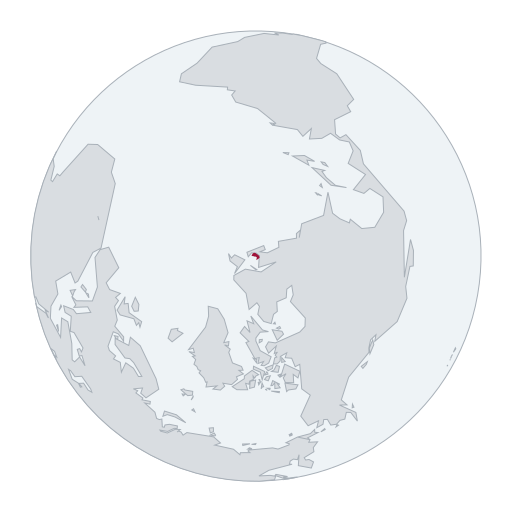 Prince Edward Island highlighted on a globe, orthographic projection, rotated 190°
{"feature_id": "CAN-687", "entity_name": "Prince Edward Island", "entity_type": "Province", "adm_level": 1, "iso_a3": "CAN", "parent_name": "Canada", "parent_adm1": "", "projection": "orthographic", "projection_center": [-63.312, 46.509], "detail": "fine", "context": "on_globe", "style": "filled", "palette": "rose", "viewbox_px": 512, "rotation_deg": 190, "n_neighbors": 0, "source": "natural_earth", "source_scale": "10m", "svg_char_len": 11414}
<svg xmlns="http://www.w3.org/2000/svg" viewBox="0 0 512 512"><g transform="rotate(190 256 256)"><circle cx="256" cy="256" r="225" fill="#eef3f6" stroke="#a8b0b8"/><path d="M227.9,479.5L228.8,479.6L225.7,479.2L224.6,479.1L224.0,477.8L229.1,475.7L230.7,461.1L225.5,456.7L208.1,449.5L187.0,427.2L192.2,419.8L187.8,414.6L202.3,403.9L198.8,389.9L193.7,386.9L188.5,391.1L171.6,378.1L166.2,365.4L118.0,325.9L113.8,317.0L115.1,306.7L106.2,260.8L106.7,299.1L101.9,288.8L99.4,273.5L102.6,272.5L103.3,252.0L100.0,240.6L105.6,215.9L124.2,192.6L124.2,199.3L128.6,193.4L128.9,184.9L128.0,180.8L143.7,152.8L147.0,129.1L140.5,125.2L147.9,123.7L130.5,119.3L127.5,111.0L135.5,118.4L139.9,117.7L140.2,110.8L144.8,108.7L147.5,104.3L153.0,102.5L157.3,107.5L160.9,106.7L160.8,101.9L166.3,97.5L165.8,104.6L175.2,97.9L184.1,106.1L178.4,128.4L187.9,133.1L194.1,156.9L198.2,153.8L203.1,161.5L209.6,160.9L208.9,166.0L214.6,161.3L214.0,156.8L216.4,153.4L220.1,152.8L219.9,158.9L218.0,160.1L219.9,161.7L218.2,165.1L221.1,163.1L220.4,170.9L226.7,162.5L230.8,168.2L228.8,173.6L221.8,173.8L199.7,188.7L195.5,195.1L196.7,203.5L214.2,217.1L212.6,224.2L215.7,233.3L219.9,228.7L219.0,220.1L227.6,214.4L225.4,205.1L228.6,201.6L229.3,192.1L237.0,192.9L244.1,198.9L243.9,207.0L247.0,210.1L253.5,202.1L259.3,217.5L273.7,228.6L274.4,233.0L264.2,241.2L248.2,241.2L235.1,253.7L251.5,245.2L252.8,257.0L256.4,259.0L260.9,258.4L263.5,253.9L265.6,258.1L250.2,267.6L248.0,263.9L252.9,260.8L245.4,261.1L235.0,268.5L236.5,274.3L219.2,280.6L220.1,285.1L216.8,289.2L216.6,281.6L216.6,295.7L196.5,307.7L196.2,331.3L188.0,311.4L179.8,307.2L169.8,304.8L169.5,308.6L156.6,301.4L144.0,304.9L137.9,321.2L141.2,336.3L155.6,342.3L160.6,336.4L171.6,338.2L162.3,355.3L181.3,363.2L178.6,376.4L183.9,384.5L193.8,384.8L203.9,389.8L211.6,383.3L223.7,380.5L223.6,391.2L230.6,382.0L237.2,387.7L261.5,387.7L259.6,390.2L280.1,401.5L302.7,404.1L307.9,410.3L305.2,414.9L313.1,414.7L313.3,417.4L345.1,413.7L361.5,414.3L361.1,422.5L347.5,435.7L335.5,454.1L311.2,464.0L305.2,469.3L286.7,476.6L271.9,477.6L276.5,478.9L268.5,480.2L259.0,480.5L257.7,481.1L250.6,481.0L255.6,481.3L252.4,481.3L227.9,479.5ZM43.1,199.3L44.9,195.5L43.7,200.2L43.1,199.3ZM46.0,191.6L45.4,193.2L45.9,191.6L46.0,191.6ZM46.5,189.4L46.2,191.0L46.3,189.5L46.5,189.4ZM46.9,186.9L46.7,188.1L46.9,186.9ZM194.4,338.7L216.2,352.8L203.2,352.2L205.7,350.7L200.3,345.4L190.1,339.4L178.8,339.1L194.4,338.7ZM48.2,182.0L48.6,180.6L48.6,181.4L48.2,182.0ZM205.5,328.1L201.7,326.6L205.5,327.2L205.5,328.1ZM126.8,179.5L128.4,185.0L126.5,193.7L124.6,189.2L126.8,179.5ZM131.2,163.9L133.2,165.6L128.0,171.3L128.5,168.5L131.2,163.9ZM134.9,123.2L135.3,126.9L133.3,124.1L134.9,123.2ZM146.9,104.0L145.4,103.7L147.5,101.6L146.9,104.0ZM225.0,192.4L227.1,192.3L225.9,194.1L225.0,192.4ZM223.3,188.5L220.4,190.7L219.2,189.2L221.0,187.9L223.3,188.5ZM157.7,97.1L161.6,94.1L158.4,98.0L157.7,97.1ZM227.2,186.2L217.4,186.4L215.3,183.8L220.5,176.7L227.2,186.2ZM164.3,92.9L173.6,85.9L170.9,84.5L183.7,84.9L171.6,90.5L168.1,95.4L167.6,92.6L164.3,92.9ZM212.2,155.7L213.0,160.4L208.9,157.1L212.2,155.7ZM209.0,154.5L192.8,150.1L193.5,143.2L198.8,145.9L196.9,137.8L205.1,136.5L208.0,140.7L206.0,145.3L210.7,141.3L209.0,154.5ZM189.4,86.6L192.3,85.8L190.1,87.6L189.4,86.6ZM217.0,151.8L213.7,151.4L214.0,145.3L220.7,145.0L218.4,147.0L217.0,151.8ZM192.3,136.4L193.7,132.0L200.8,129.7L202.3,127.8L205.4,135.8L192.3,136.4ZM220.3,148.1L224.1,145.1L227.4,147.5L220.2,151.8L220.3,148.1ZM211.3,143.9L211.7,141.0L213.7,142.5L211.3,143.9ZM241.1,154.9L237.1,154.2L237.0,151.0L241.1,154.9ZM225.3,143.8L224.2,143.0L223.7,141.7L226.8,140.3L225.3,143.8ZM210.2,133.8L212.8,133.9L209.3,130.4L214.4,128.7L215.5,134.5L217.2,131.3L218.8,130.9L217.9,136.2L210.2,133.8ZM228.4,135.1L231.6,142.4L239.0,144.1L239.3,147.0L227.3,143.7L228.4,135.1ZM222.3,135.2L226.2,135.8L224.7,138.9L221.1,140.5L222.3,135.2ZM217.6,125.6L209.4,126.6L209.4,125.4L217.6,125.6ZM230.9,135.0L230.1,133.3L231.6,134.7L230.9,135.0ZM222.0,127.7L219.1,128.2L219.2,126.7L222.0,127.7ZM230.9,129.6L231.9,131.9L229.5,132.9L230.9,129.6ZM227.0,128.2L227.9,126.1L228.0,132.0L225.7,128.6L227.0,128.2ZM222.6,126.3L221.7,125.6L223.8,126.3L222.6,126.3ZM239.3,124.5L240.0,131.6L234.8,133.8L234.8,126.6L239.3,124.5ZM430.4,113.5L430.0,113.0L434.0,118.1L436.7,122.9L434.7,121.9L437.8,127.1L442.3,129.5L438.7,124.2L431.3,114.6L432.5,116.0L442.1,129.0L450.7,142.6L458.3,156.9L464.9,171.6L463.4,168.2L452.9,163.1L450.3,159.5L450.0,159.3L449.6,159.0L454.0,165.8L450.4,164.7L461.6,171.1L465.7,177.5L467.0,177.0L472.3,192.9L476.3,209.1L479.2,225.6L480.9,242.2L481.3,259.0L480.4,275.7L478.3,292.3L475.0,308.7L470.5,324.8L470.6,324.4L472.7,316.7L470.3,309.2L471.2,295.1L469.3,293.9L466.0,302.3L463.1,300.9L460.6,305.2L440.8,336.9L431.3,338.3L411.9,327.0L413.0,313.4L407.2,302.9L410.0,236.9L417.3,231.2L427.1,200.3L429.5,198.0L435.7,208.0L448.9,196.5L444.5,184.2L449.2,171.0L447.7,158.9L434.3,141.9L436.7,161.2L429.9,158.6L422.2,137.8L419.0,121.8L416.2,120.3L412.2,125.9L405.3,118.2L410.1,127.7L412.7,126.8L415.8,133.0L413.6,134.2L411.2,131.3L410.4,135.4L421.9,149.0L425.8,149.6L427.5,164.6L434.2,167.3L436.8,173.6L426.6,171.6L422.8,168.0L408.9,171.7L412.9,176.7L426.4,173.8L424.9,176.6L430.5,184.2L425.1,180.7L409.3,183.3L406.8,197.9L414.3,226.6L410.6,235.2L402.6,239.1L389.1,220.6L398.9,203.6L394.3,197.5L383.1,195.6L387.1,190.8L383.7,188.2L386.5,181.9L381.5,168.8L382.9,162.3L372.3,153.4L371.6,149.1L378.1,155.4L383.4,156.6L386.1,141.5L384.0,137.5L376.9,133.2L378.5,129.9L371.2,127.7L368.4,118.2L365.7,128.2L357.2,124.2L350.8,116.9L347.5,117.6L357.9,129.7L362.5,133.0L367.3,132.8L379.4,144.4L380.4,150.5L365.8,145.8L365.6,154.2L354.4,147.5L333.1,117.8L328.6,107.9L339.7,97.2L345.7,100.9L344.8,106.3L353.7,103.9L349.1,102.8L350.5,100.3L342.7,96.5L343.3,94.6L334.8,94.4L334.7,91.7L340.0,91.9L328.4,84.6L325.7,78.8L322.8,78.1L320.4,79.1L318.6,71.5L316.6,71.4L316.3,73.8L312.1,75.2L303.9,75.0L303.7,72.4L306.6,72.1L312.6,67.9L320.4,67.9L319.5,66.9L312.6,66.3L305.4,71.3L300.5,72.0L303.1,69.0L301.8,70.1L299.3,69.7L296.7,66.9L293.4,70.1L266.3,70.5L258.5,65.7L263.8,62.6L244.6,61.8L237.3,57.5L237.2,59.6L227.8,61.3L230.0,62.6L229.2,63.7L206.3,69.9L200.8,69.7L190.7,75.7L190.6,76.9L194.1,77.3L183.7,84.9L170.9,84.5L171.7,81.7L163.1,83.7L166.3,77.3L165.0,73.3L173.5,65.8L171.7,63.7L168.5,64.8L163.6,63.2L164.7,56.8L177.9,56.9L179.1,67.8L179.8,62.6L183.9,62.5L186.7,60.0L186.9,56.8L184.3,57.2L206.1,47.2L214.9,39.9L204.0,42.4L198.4,42.5L198.9,38.9L213.4,34.8L229.3,32.3L245.4,31.0L261.6,30.8L277.7,31.8L293.7,33.9L309.6,37.2L325.1,41.6L340.3,47.1L355.0,53.7L369.3,61.3L383.0,69.9L396.0,79.5L408.3,90.0L419.8,101.3L430.4,113.5ZM416.9,264.1L418.7,267.8L416.9,264.1ZM420.9,111.8L415.6,102.7L408.8,99.9L406.2,96.3L404.8,96.9L408.3,99.8L403.7,100.8L398.1,94.8L394.0,93.3L395.7,96.3L406.7,107.3L413.4,105.7L418.6,110.8L420.9,111.8ZM262.3,387.6L265.2,389.5L261.3,389.7L262.3,387.6ZM201.0,356.7L205.8,357.8L208.2,360.0L204.5,360.0L201.0,356.7ZM241.9,361.4L247.5,362.6L241.5,363.4L241.9,361.4ZM219.7,354.6L237.4,360.8L225.8,363.4L214.7,359.4L222.5,359.3L219.7,354.6ZM202.6,335.0L205.6,336.4L204.5,338.6L202.6,335.0ZM208.3,328.6L207.1,328.6L205.8,326.5L208.3,328.6ZM253.7,256.4L255.0,255.8L259.5,256.2L257.2,258.1L253.7,256.4ZM280.7,246.6L283.5,253.6L279.9,249.7L277.2,253.5L266.3,250.3L274.1,235.0L272.5,242.3L280.7,246.6ZM253.8,242.4L259.9,245.8L252.9,242.8L253.8,242.4ZM362.4,181.4L366.4,180.4L369.7,184.9L367.7,194.4L362.9,187.9L362.4,181.4ZM371.1,178.1L357.2,171.5L357.9,165.7L359.9,170.0L361.7,166.9L365.4,173.0L379.6,174.4L383.4,178.6L377.8,193.2L377.5,185.9L373.7,187.1L371.1,178.1ZM320.5,169.0L314.5,167.2L323.7,156.9L328.3,159.8L326.7,169.1L320.3,171.2L320.5,169.0ZM238.2,174.2L235.3,175.0L235.3,173.1L237.8,171.0L238.2,174.2ZM239.3,154.8L250.9,169.0L248.2,170.6L258.3,177.6L255.0,184.6L248.6,179.6L253.6,190.6L246.5,188.9L250.7,196.0L236.8,184.3L230.6,183.7L238.7,181.7L241.9,175.3L241.4,172.3L235.4,163.5L223.6,159.4L224.9,152.8L228.9,149.3L231.9,149.2L230.2,153.4L235.5,150.4L235.2,156.5L239.3,154.8ZM275.3,117.5L271.9,121.3L282.5,118.3L282.3,123.5L283.6,122.9L286.3,127.0L291.8,131.0L290.6,133.4L293.2,134.0L295.1,136.9L298.3,138.6L297.4,143.6L301.2,146.1L298.6,147.1L305.5,150.2L299.9,150.2L301.8,154.3L306.2,152.1L293.3,177.2L292.2,188.5L294.3,198.2L284.5,197.4L276.3,188.2L270.2,175.6L272.7,165.1L267.8,167.0L267.5,162.6L271.5,163.0L265.2,159.8L266.1,156.4L260.6,146.6L251.1,144.7L248.9,141.3L253.0,140.4L247.9,137.7L254.3,133.7L252.8,131.2L257.7,125.1L266.5,125.0L264.2,122.3L267.8,117.8L275.3,117.5ZM241.0,122.8L251.6,121.0L256.7,123.2L246.2,133.1L246.6,135.8L240.0,142.7L232.8,139.6L235.3,137.8L236.1,135.5L238.1,137.4L237.1,134.1L240.5,131.7L240.7,128.5L244.1,128.8L241.0,122.8ZM427.9,191.6L428.9,189.3L429.6,184.9L433.1,189.9L427.9,191.6ZM417.3,193.6L417.7,190.8L423.0,195.1L421.9,197.8L417.3,193.6ZM413.3,185.8L417.3,190.3L414.4,189.4L413.3,185.8ZM377.9,152.8L377.7,149.8L379.5,150.4L381.7,153.0L377.9,152.8ZM306.7,111.2L304.0,112.7L302.8,111.7L294.8,111.7L294.4,108.0L299.0,106.6L306.7,111.2ZM437.3,147.4L440.4,153.3L439.4,153.9L438.6,151.7L437.3,147.4ZM438.7,172.4L440.5,168.3L439.6,173.8L438.7,172.4ZM304.8,107.3L301.6,107.6L303.4,105.6L304.8,107.3ZM293.6,105.4L294.9,102.9L293.4,107.6L293.6,105.4ZM296.2,79.6L307.8,83.4L315.8,84.4L319.9,82.0L319.2,87.4L306.8,85.8L296.2,79.6ZM270.0,71.7L266.5,74.4L264.7,72.6L265.2,71.7L270.0,71.7ZM270.3,73.8L272.3,78.4L268.1,79.5L267.4,75.6L270.3,73.8ZM289.0,91.9L292.5,93.2L291.0,94.7L289.0,91.9ZM187.1,41.5L185.4,42.1L184.3,42.4L187.1,41.5ZM189.4,40.8L188.6,41.8L178.8,45.0L176.8,45.5L181.3,43.6L186.2,41.9L189.4,40.8ZM185.6,43.1L190.3,41.8L199.1,43.2L198.5,44.4L186.7,44.3L190.5,43.1L190.0,42.4L185.6,43.1ZM191.5,84.5L192.2,85.7L189.9,85.4L191.5,84.5ZM230.6,64.4L229.2,66.0L226.5,65.5L230.6,64.4ZM223.7,70.2L227.7,69.7L223.5,71.3L223.7,70.2ZM236.6,68.5L229.3,70.0L236.1,67.1L236.6,68.5Z" fill="#d9dde1" stroke="#a8b0b8" stroke-width="1"/><path d="M259.5,256.1L259.5,256.3L259.1,256.6L258.9,256.6L258.7,256.6L258.7,256.8L258.3,256.9L258.2,256.9L258.4,257.0L258.2,257.1L258.2,257.3L258.0,257.2L257.9,257.2L258.0,257.2L257.9,257.3L258.0,257.3L258.1,257.5L258.3,257.5L258.2,257.4L258.3,257.5L258.3,257.8L258.2,257.8L258.3,257.9L258.3,258.0L258.1,258.1L257.7,258.1L257.3,258.1L257.1,258.0L257.2,257.9L257.1,257.7L256.9,257.8L256.8,257.7L257.0,257.6L257.2,257.4L257.0,257.5L257.0,257.4L257.0,257.2L256.9,257.2L256.9,257.3L256.7,257.2L256.7,256.9L256.9,256.8L256.9,256.7L256.8,256.8L256.7,256.8L256.5,257.0L256.4,257.0L256.3,256.9L256.4,257.1L256.2,257.2L256.3,257.2L256.5,257.2L256.4,257.3L256.2,257.4L255.9,257.3L255.7,257.3L255.7,257.2L255.4,257.2L255.2,257.1L254.9,256.9L254.7,256.7L254.8,256.6L254.8,256.4L254.6,256.4L254.4,256.4L254.2,256.4L253.9,256.4L253.8,256.2L253.8,255.9L254.0,255.8L254.0,255.7L253.9,255.7L253.7,255.6L253.3,255.5L253.2,255.5L253.0,255.3L253.1,255.1L253.3,254.9L253.4,254.7L253.5,254.6L253.5,254.4L253.7,254.2L254.0,254.0L254.2,253.8L254.2,254.0L254.2,254.3L254.2,254.5L254.0,254.8L253.9,254.8L254.0,255.0L254.3,255.2L254.3,255.3L254.5,255.5L254.4,255.6L254.5,255.6L254.5,255.9L254.4,256.0L254.5,256.0L254.9,256.3L255.0,256.2L254.9,256.1L254.9,255.9L255.0,255.8L255.4,255.9L255.5,255.9L255.5,256.0L255.8,256.0L256.0,256.1L256.1,256.3L256.3,256.4L256.6,256.3L257.0,256.3L257.3,256.3L257.5,256.2L258.0,256.3L257.7,256.2L257.9,256.2L258.0,256.1L258.6,256.1L258.8,256.1L259.1,256.1L259.3,256.1L259.5,256.1Z" fill="#f43f5e" stroke="#9f1239" stroke-width="1.5"/></g></svg>